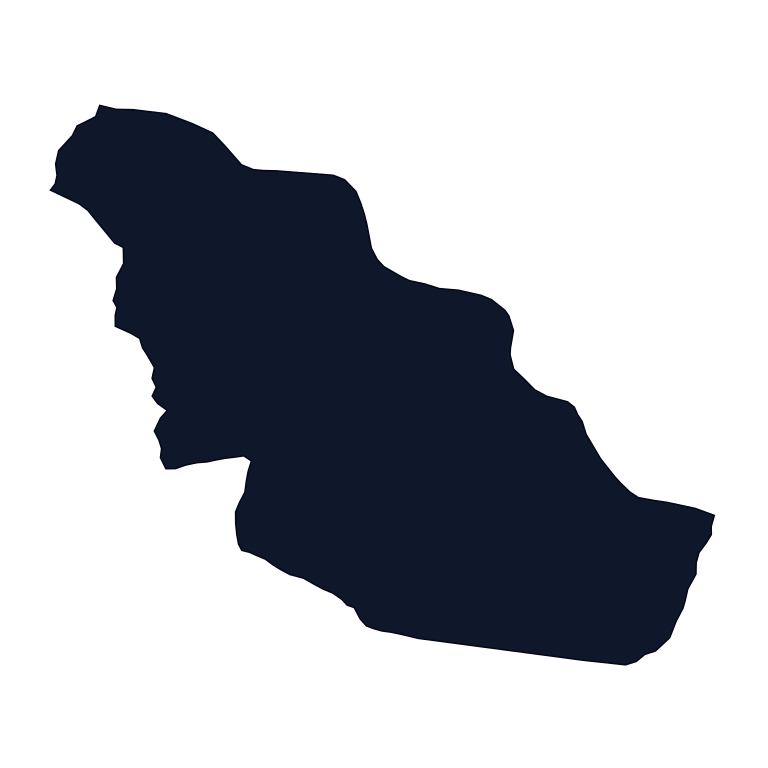 outline of Nazária, Piauí, Brazil, rotated 87°
{"feature_id": "56859067B86808637592511", "entity_name": "Nazária", "entity_type": "district", "adm_level": 2, "iso_a3": "BRA", "parent_name": "Brazil", "parent_adm1": "Piauí", "projection": "robinson", "projection_center": [-42.873, -5.44], "detail": "fine", "context": "isolated", "style": "filled", "palette": "ink", "viewbox_px": 768, "rotation_deg": 87, "n_neighbors": 0, "source": "geoboundaries", "source_scale": "gbopen_adm2", "svg_char_len": 1847}
<svg xmlns="http://www.w3.org/2000/svg" viewBox="0 0 768 768"><g transform="rotate(87 384 384)"><path d="M90.9,653.3L102.0,658.0L110.2,676.9L119.7,682.2L133.9,696.7L147.1,700.4L158.7,699.6L167.1,702.0L172.9,707.0L188.1,679.0L195.0,670.7L203.5,664.6L229.2,645.6L234.0,637.2L250.1,637.7L263.5,645.6L274.9,645.9L286.5,650.1L293.5,646.7L301.4,648.8L312.3,649.3L320.0,634.3L325.7,625.6L335.3,623.2L342.6,619.0L355.6,612.4L366.3,615.3L375.3,611.6L384.0,616.1L391.6,611.1L399.0,601.8L406.5,609.1L419.0,615.8L428.5,611.6L436.9,609.5L445.8,611.1L457.2,606.3L457.6,596.7L454.6,586.5L452.8,575.0L452.5,564.7L450.9,554.7L449.9,547.1L449.2,536.8L448.4,527.8L453.9,520.4L463.7,524.1L473.5,526.5L484.8,528.6L494.6,534.4L503.9,538.9L515.5,539.4L526.4,538.9L536.5,537.6L542.7,534.7L544.9,527.5L548.7,519.9L552.7,511.7L559.2,503.8L563.9,496.9L569.3,488.1L573.7,474.6L581.3,462.7L586.0,454.8L590.1,446.1L597.1,437.1L602.9,432.4L605.7,425.5L617.5,420.0L624.7,414.2L628.0,406.4L630.5,399.0L632.2,390.0L634.5,381.3L639.9,362.8L670.3,199.6L677.1,157.5L674.3,146.7L667.7,137.7L664.8,126.9L652.4,112.0L636.0,104.6L623.6,97.2L615.2,94.3L604.7,91.4L590.1,82.4L578.8,81.6L568.7,78.2L559.5,70.5L551.5,65.0L543.5,64.7L532.5,61.0L524.6,79.5L516.9,108.0L514.4,120.7L510.7,136.1L504.6,144.3L495.5,152.8L488.8,158.3L470.2,171.5L444.8,184.8L431.7,188.1L424.8,192.2L417.2,195.1L411.4,201.6L404.7,222.3L397.6,233.9L386.3,243.9L376.0,253.7L361.4,256.6L354.5,255.8L337.4,251.9L322.4,255.8L316.6,259.5L305.4,272.2L300.6,282.2L294.2,304.9L291.6,323.8L286.4,337.5L282.1,353.3L277.3,361.8L266.8,378.0L259.4,384.2L247.8,389.5L223.5,392.8L213.3,394.8L202.4,397.7L190.3,401.9L178.0,412.6L172.9,423.7L165.5,480.4L164.5,493.6L163.0,503.5L157.6,514.9L137.9,530.4L124.5,541.8L114.2,561.3L102.7,587.2L96.9,620.3L95.7,637.2L90.9,653.3Z" fill="#0f172a" stroke="#020617" stroke-width="1.5"/></g></svg>